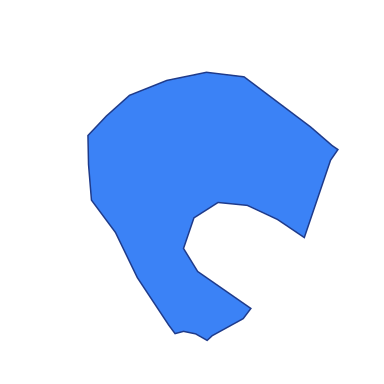 the border of Torbay, rotated 37°
{"feature_id": "GBR-2142", "entity_name": "Torbay", "entity_type": "Unitary Authority", "adm_level": 1, "iso_a3": "GBR", "parent_name": "United Kingdom", "parent_adm1": "", "projection": "natural_earth1", "projection_center": [-3.55, 50.443], "detail": "fine", "context": "isolated", "style": "filled", "palette": "blue", "viewbox_px": 384, "rotation_deg": 37, "n_neighbors": 0, "source": "natural_earth", "source_scale": "10m", "svg_char_len": 530}
<svg xmlns="http://www.w3.org/2000/svg" viewBox="0 0 384 384"><g transform="rotate(37 192 192)"><path d="M283.0,70.3L283.5,83.2L309.1,160.8L276.7,162.5L244.2,169.4L219.1,184.7L209.1,211.5L219.2,242.2L244.4,252.1L309.1,249.6L309.1,262.3L294.6,294.6L293.4,301.4L280.3,303.1L269.1,308.4L263.7,315.3L253.5,312.3L199.9,293.3L155.3,270.4L116.6,259.0L92.8,232.3L74.9,209.5L77.9,182.8L83.9,152.4L104.7,118.1L131.5,87.7L164.3,68.7L205.9,68.7L247.6,68.7L275.8,70.6L283.0,70.3Z" fill="#3b82f6" stroke="#1e3a8a" stroke-width="1.5"/></g></svg>